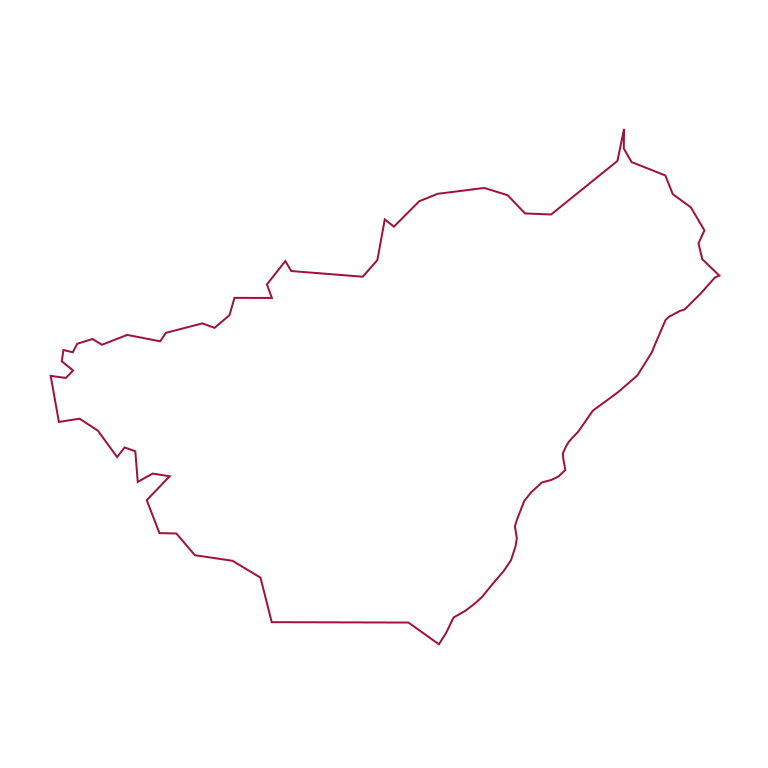 Makedonska Kamenitsa, Makedonska Kamenica, North Macedonia, rotated 91°
{"feature_id": "65306769B84975747896428", "entity_name": "Makedonska Kamenitsa", "entity_type": "district", "adm_level": 2, "iso_a3": "MKD", "parent_name": "North Macedonia", "parent_adm1": "Makedonska Kamenica", "projection": "orthographic", "projection_center": [22.559, 42.055], "detail": "fine", "context": "isolated", "style": "outline", "palette": "rose", "viewbox_px": 768, "rotation_deg": 91, "n_neighbors": 0, "source": "geoboundaries", "source_scale": "gbopen_adm2", "svg_char_len": 1319}
<svg xmlns="http://www.w3.org/2000/svg" viewBox="0 0 768 768"><g transform="rotate(91 384 384)"><path d="M537.0,605.9L537.1,589.0L558.5,570.1L563.4,532.4L579.8,504.1L624.1,492.1L622.1,355.4L643.3,324.6L633.7,318.7L631.4,317.4L616.2,310.3L609.4,298.8L602.0,289.4L595.0,282.1L582.6,272.4L569.1,261.2L558.1,254.0L543.8,249.6L535.8,248.5L524.1,250.6L517.9,248.9L498.6,241.8L489.4,234.7L479.6,224.2L477.0,215.0L473.4,207.9L466.8,201.2L456.0,203.4L450.3,204.0L443.5,201.0L438.9,198.5L435.3,195.4L427.9,188.7L407.1,174.8L403.0,169.5L388.2,150.0L371.1,130.9L347.8,116.8L341.7,114.5L315.1,103.6L311.9,100.4L305.7,89.3L304.4,84.9L288.3,69.2L271.7,55.0L269.8,50.6L253.7,67.9L237.9,72.0L224.8,66.3L202.1,80.2L189.1,98.6L170.6,106.3L157.8,140.3L144.3,148.4L124.7,148.4L156.9,154.5L211.6,219.9L211.0,246.0L193.1,263.6L186.2,287.2L192.9,333.7L200.6,351.9L226.5,376.8L219.5,386.1L260.2,392.8L277.1,407.1L272.7,478.7L262.8,484.8L286.5,502.8L299.9,497.6L300.5,535.0L317.9,539.7L330.8,554.4L326.6,566.8L336.6,602.9L345.2,608.5L339.4,641.7L349.7,666.7L344.1,676.2L349.1,691.4L357.7,695.7L355.6,705.1L366.9,706.6L375.9,695.1L383.5,702.2L381.7,717.4L427.6,708.4L424.0,687.8L435.7,669.2L461.7,649.6L452.0,642.2L455.6,631.5L486.2,628.5L477.6,613.8L480.0,596.7L504.3,619.2L537.0,605.9Z" fill="none" stroke="#9f1239" stroke-width="2"/></g></svg>